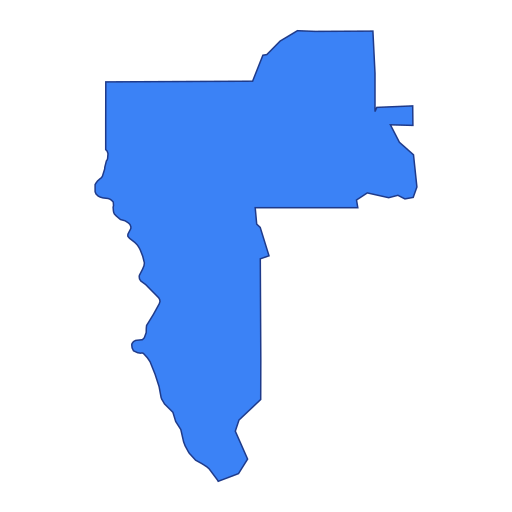 the district of Nez Perce, Idaho, United States of America
{"feature_id": "52423323B94471153891164", "entity_name": "Nez Perce", "entity_type": "district", "adm_level": 2, "iso_a3": "USA", "parent_name": "United States of America", "parent_adm1": "Idaho", "projection": "natural_earth1", "projection_center": [-116.873, 46.243], "detail": "fine", "context": "isolated", "style": "filled", "palette": "blue", "viewbox_px": 512, "rotation_deg": 0, "n_neighbors": 0, "source": "geoboundaries", "source_scale": "gbopen_adm2", "svg_char_len": 1795}
<svg xmlns="http://www.w3.org/2000/svg" viewBox="0 0 512 512"><path d="M105.8,81.9L105.7,122.6L105.7,123.9L105.7,127.9L105.7,149.3L105.7,149.6L107.2,151.2L108.0,153.7L107.6,158.5L107.2,159.8L106.4,160.9L104.8,167.2L104.7,168.9L102.4,176.3L101.2,177.9L100.2,178.6L97.5,181.0L95.9,183.2L95.1,184.6L95.1,191.4L95.2,192.0L96.1,194.1L98.2,196.1L100.2,197.1L103.0,197.9L108.1,198.5L109.8,199.1L111.2,200.0L113.0,201.7L113.3,202.4L113.5,205.7L113.1,207.2L113.4,210.9L113.7,212.4L114.4,214.0L116.4,216.1L120.4,219.5L125.1,220.8L128.5,223.0L130.0,224.5L130.9,226.9L130.8,228.6L128.0,234.0L127.8,235.1L127.9,236.4L129.6,238.4L134.8,242.4L136.4,244.0L137.5,245.2L139.1,247.7L140.2,249.8L142.7,256.2L144.4,262.9L144.0,265.7L142.5,269.3L139.4,275.3L139.2,276.5L139.5,278.9L140.8,281.0L145.7,284.6L150.6,289.6L158.7,297.8L159.7,299.6L160.0,301.4L159.3,303.7L153.4,314.4L147.5,324.0L146.6,325.4L146.3,328.1L146.2,332.6L144.3,337.8L142.4,339.7L135.7,340.4L134.4,341.1L133.5,341.6L132.2,343.3L131.8,344.2L131.8,345.3L132.1,347.9L133.5,350.8L137.6,352.7L140.7,353.2L142.0,352.9L143.4,353.4L147.4,357.8L150.1,361.8L155.1,374.3L159.1,386.7L161.1,397.5L161.8,399.4L162.3,400.1L164.5,403.9L172.9,412.3L175.7,421.5L180.8,429.5L183.6,441.8L185.1,445.8L188.2,451.5L189.3,453.3L195.6,460.2L201.8,463.6L206.8,466.8L209.1,468.8L217.4,479.9L218.2,481.3L238.5,473.6L247.6,459.1L235.3,431.2L239.0,420.0L260.7,399.5L260.8,360.3L260.3,258.8L269.0,255.8L260.2,227.4L256.7,224.1L255.2,207.7L357.8,207.7L356.5,200.0L367.3,192.9L388.7,197.7L397.9,195.3L404.9,198.9L413.2,197.4L416.9,187.0L413.5,154.8L399.4,142.3L390.4,124.8L412.9,125.4L412.7,105.9L376.8,107.4L375.0,111.6L375.0,73.3L372.9,31.1L315.2,31.4L297.4,30.7L280.2,41.0L266.8,54.6L262.9,55.2L252.6,81.2L105.8,81.9Z" fill="#3b82f6" stroke="#1e3a8a" stroke-width="1.5"/></svg>